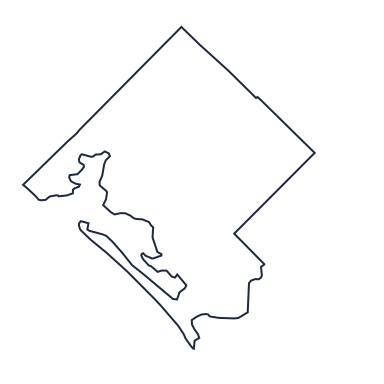 Pacific, Washington, United States of America, rotated 315°
{"feature_id": "52423323B94422507286019", "entity_name": "Pacific", "entity_type": "district", "adm_level": 2, "iso_a3": "USA", "parent_name": "United States of America", "parent_adm1": "Washington", "projection": "albers", "projection_center": [-123.933, 46.517], "detail": "fine", "context": "isolated", "style": "outline", "palette": "slate", "viewbox_px": 384, "rotation_deg": 315, "n_neighbors": 0, "source": "geoboundaries", "source_scale": "gbopen_adm2", "svg_char_len": 1813}
<svg xmlns="http://www.w3.org/2000/svg" viewBox="0 0 384 384"><g transform="rotate(315 192 192)"><path d="M77.6,67.5L78.1,71.9L78.5,84.2L78.1,89.0L79.4,91.1L82.8,94.0L88.3,94.6L93.5,98.2L94.8,99.5L94.7,100.8L100.9,105.8L106.7,108.7L109.5,106.2L111.6,106.4L115.9,108.3L118.0,107.5L115.4,103.5L114.0,98.7L115.5,94.8L117.4,93.6L123.6,98.4L129.6,98.4L133.4,97.8L134.6,96.0L133.7,93.0L133.5,91.2L135.3,88.8L139.0,87.3L140.7,87.3L145.7,96.0L147.6,97.1L150.2,97.3L154.3,100.9L159.0,101.6L160.4,105.7L159.2,108.7L153.5,108.6L149.4,110.4L139.9,117.1L133.8,119.4L131.4,122.1L132.1,130.7L131.8,132.1L126.0,136.4L119.9,138.4L120.3,148.6L121.4,153.1L126.5,156.4L129.7,159.7L131.7,165.0L132.3,169.4L133.4,171.5L137.6,176.3L140.4,183.0L139.4,186.8L139.6,189.5L132.0,196.2L125.1,209.9L126.4,214.4L125.4,215.3L117.6,211.5L116.7,210.7L114.1,204.1L114.2,200.8L112.7,200.3L111.3,201.0L109.9,204.7L109.5,213.6L110.5,215.0L110.6,216.2L111.3,224.3L114.9,226.0L118.4,229.6L117.9,237.5L119.4,240.5L123.2,239.9L122.0,254.0L118.8,255.0L112.3,254.1L105.4,257.4L102.9,254.1L99.6,216.2L97.9,201.2L99.7,185.4L100.6,170.8L100.4,162.5L98.8,158.7L92.0,146.9L91.5,144.5L96.7,140.9L92.8,134.1L90.3,134.2L88.4,135.6L86.6,139.0L86.3,140.9L86.6,154.1L88.6,174.4L90.0,202.6L89.9,240.3L89.6,250.6L87.6,277.3L85.5,287.0L83.9,291.0L82.2,300.8L82.1,303.3L82.5,304.1L88.7,299.0L93.9,300.3L95.6,296.8L96.6,290.9L98.3,285.7L101.2,282.4L107.2,283.5L112.2,285.4L115.5,288.1L116.8,289.8L116.6,292.2L117.1,293.3L121.8,299.8L132.6,311.4L135.8,313.9L146.3,316.5L167.8,296.8L171.1,296.4L175.1,298.3L177.4,300.8L180.0,301.3L182.2,300.6L187.8,293.8L191.8,294.4L192.1,294.0L192.4,251.3L306.4,251.1L305.7,175.6L305.5,171.1L303.8,170.9L303.5,131.9L301.6,93.6L301.2,67.8L156.6,68.5L151.9,69.0L139.5,68.3L77.6,67.5Z" fill="none" stroke="#1e293b" stroke-width="2"/></g></svg>